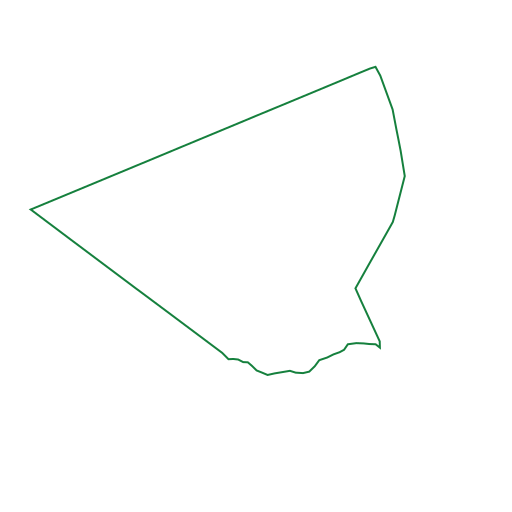 the district of Heliópolis, Bahia, Brazil, rotated 66°
{"feature_id": "56859067B32891421034435", "entity_name": "Heliópolis", "entity_type": "district", "adm_level": 2, "iso_a3": "BRA", "parent_name": "Brazil", "parent_adm1": "Bahia", "projection": "albers", "projection_center": [-38.271, -10.758], "detail": "fine", "context": "isolated", "style": "outline", "palette": "green", "viewbox_px": 512, "rotation_deg": 66, "n_neighbors": 0, "source": "geoboundaries", "source_scale": "gbopen_adm2", "svg_char_len": 852}
<svg xmlns="http://www.w3.org/2000/svg" viewBox="0 0 512 512"><g transform="rotate(66 256 256)"><path d="M390.1,180.1L384.3,177.7L339.6,178.3L326.0,178.3L309.0,155.5L288.2,127.4L280.6,117.2L275.5,112.9L243.5,87.6L218.8,81.1L207.1,78.4L197.3,76.2L177.7,71.6L141.8,69.1L131.8,69.9L131.1,75.7L130.8,86.6L130.0,120.9L128.6,176.4L128.0,198.8L127.7,212.2L126.0,279.8L125.5,301.1L124.8,328.9L121.9,442.9L165.6,418.6L235.9,379.4L244.0,374.8L254.0,369.2L259.7,366.0L330.7,326.3L339.1,323.1L340.8,318.7L343.3,314.4L347.7,310.9L349.8,306.7L354.7,304.4L360.8,302.0L364.7,298.2L369.4,293.8L370.8,286.8L372.8,279.1L374.7,271.7L378.7,267.2L382.1,260.7L383.3,254.4L380.6,247.1L376.9,240.6L377.7,232.3L377.4,225.2L377.9,218.7L377.5,213.7L374.0,208.0L376.4,199.8L379.6,193.3L382.5,188.3L385.3,182.6L390.1,180.1Z" fill="none" stroke="#15803d" stroke-width="2"/></g></svg>